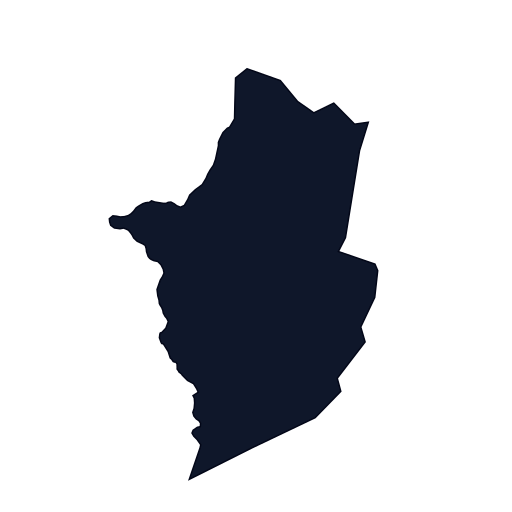 the district of Johnson, Tennessee, United States of America, rotated 153°
{"feature_id": "52423323B99720105467999", "entity_name": "Johnson", "entity_type": "district", "adm_level": 2, "iso_a3": "USA", "parent_name": "United States of America", "parent_adm1": "Tennessee", "projection": "albers", "projection_center": [-81.77, 36.438], "detail": "fine", "context": "isolated", "style": "filled", "palette": "ink", "viewbox_px": 512, "rotation_deg": 153, "n_neighbors": 0, "source": "geoboundaries", "source_scale": "gbopen_adm2", "svg_char_len": 1894}
<svg xmlns="http://www.w3.org/2000/svg" viewBox="0 0 512 512"><g transform="rotate(153 256 256)"><path d="M193.4,423.9L205.1,402.4L212.9,387.9L221.1,382.7L223.5,382.9L229.3,381.0L235.4,376.5L237.9,374.3L239.4,371.3L248.1,360.6L252.7,356.2L257.7,353.5L261.8,350.8L265.2,347.9L271.5,344.0L279.9,342.6L287.4,340.4L291.0,337.4L296.9,333.6L301.2,333.8L303.8,336.8L305.2,339.7L307.3,342.7L309.9,343.7L312.1,343.7L314.7,345.0L321.7,350.1L324.0,352.6L326.9,352.2L328.2,352.9L330.3,353.6L333.1,354.0L338.2,353.7L340.9,353.3L344.8,351.4L348.4,350.3L351.4,350.0L355.4,350.8L359.2,352.4L362.2,354.8L365.3,356.8L369.8,355.8L371.0,352.6L371.5,349.3L369.5,345.3L364.8,342.0L361.3,341.0L359.0,338.4L357.9,336.8L357.1,333.2L356.8,330.9L356.8,327.6L355.2,323.1L351.3,318.1L349.9,315.7L350.5,312.4L351.6,309.5L352.3,304.5L351.8,302.2L351.0,300.6L349.1,298.2L346.0,295.7L344.6,291.4L344.6,286.4L345.7,282.5L348.8,280.0L352.2,278.0L359.4,271.1L361.6,265.0L362.4,260.8L363.7,257.5L363.7,255.5L363.4,252.9L363.7,249.9L364.5,247.3L364.4,243.5L363.8,241.1L363.9,237.4L369.1,232.6L374.7,230.6L376.2,230.9L377.1,230.1L379.2,227.0L379.8,221.8L379.6,220.7L378.4,219.7L377.6,210.7L378.7,204.1L378.0,202.3L377.7,199.6L376.9,198.6L375.6,197.8L375.3,195.4L375.6,195.1L377.1,191.9L377.6,191.1L377.2,188.6L377.3,187.7L375.9,184.7L375.8,183.4L375.4,182.2L375.1,181.2L373.5,176.2L369.6,170.6L369.1,164.7L369.3,160.8L375.5,160.2L375.5,157.4L377.4,152.9L380.3,148.3L383.3,145.3L384.0,141.6L383.2,138.0L381.6,135.1L381.3,132.1L383.1,129.2L386.0,130.0L391.1,129.3L393.4,127.3L393.2,123.7L391.8,119.3L390.9,112.9L393.0,110.4L416.8,87.3L346.7,86.9L276.7,85.1L241.9,96.9L239.1,110.2L197.8,129.9L194.9,145.2L169.0,165.2L154.2,187.7L153.7,194.8L180.6,222.6L168.0,231.7L115.9,302.9L95.2,324.2L108.3,328.7L117.3,356.9L139.5,357.3L148.8,374.8L154.7,401.3L179.0,426.9L193.4,423.9Z" fill="#0f172a" stroke="#020617" stroke-width="1.5"/></g></svg>